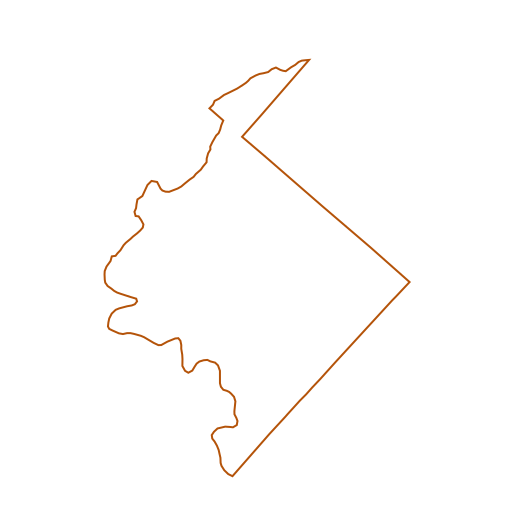 Palotina, Paraná, Brazil (Natural Earth projection), rotated 221°
{"feature_id": "56859067B34205123828041", "entity_name": "Palotina", "entity_type": "district", "adm_level": 2, "iso_a3": "BRA", "parent_name": "Brazil", "parent_adm1": "Paraná", "projection": "natural_earth1", "projection_center": [-53.775, -24.293], "detail": "fine", "context": "isolated", "style": "outline", "palette": "amber", "viewbox_px": 512, "rotation_deg": 221, "n_neighbors": 0, "source": "geoboundaries", "source_scale": "gbopen_adm2", "svg_char_len": 2313}
<svg xmlns="http://www.w3.org/2000/svg" viewBox="0 0 512 512"><g transform="rotate(221 256 256)"><path d="M364.6,161.1L362.5,156.8L361.9,150.0L360.3,145.4L358.2,142.7L354.6,138.9L352.3,137.0L348.3,136.0L343.7,136.5L340.2,136.6L336.8,137.3L332.8,138.9L323.9,142.7L318.4,145.2L316.0,143.7L315.8,140.1L317.3,137.2L320.3,133.5L324.9,126.7L326.6,123.3L327.1,117.9L325.8,112.6L323.8,109.0L321.5,105.7L319.0,104.7L315.5,105.6L308.7,107.7L305.2,109.8L302.7,113.2L300.2,115.4L297.1,117.1L294.4,118.4L290.6,120.2L287.2,121.3L276.2,123.3L271.2,124.7L269.1,126.6L266.7,133.2L262.9,140.7L260.7,143.0L257.4,142.4L254.0,139.8L251.5,136.9L246.9,133.1L243.9,130.0L239.4,124.7L234.2,122.8L230.5,123.5L228.9,127.7L229.7,132.2L230.2,135.8L229.5,139.2L227.1,143.0L224.5,145.7L221.4,146.5L216.9,148.7L212.9,148.5L207.9,145.7L199.7,136.3L196.7,134.3L192.9,133.6L189.6,135.1L187.1,135.8L184.5,135.8L180.2,135.3L176.2,132.8L170.5,124.7L168.4,122.4L164.6,120.9L161.7,119.3L159.6,115.8L161.0,111.6L163.5,109.9L167.3,107.0L171.9,100.6L172.4,95.8L171.9,91.8L169.2,89.5L165.5,88.8L161.0,87.2L156.9,85.1L153.8,82.8L150.5,80.4L146.9,76.6L144.4,75.0L139.4,73.5L133.9,73.2L129.3,74.4L129.1,130.5L128.4,153.9L128.4,157.1L128.0,175.8L127.4,184.4L127.3,193.7L126.8,205.6L126.4,228.2L124.1,312.0L123.8,316.8L123.0,337.1L175.0,337.6L238.6,337.1L267.3,337.1L291.5,337.1L313.4,337.1L344.7,336.8L344.5,365.6L344.6,438.8L347.1,436.2L349.6,433.5L351.1,430.4L351.8,425.9L353.3,421.6L354.8,415.0L357.2,413.5L359.8,412.4L364.6,411.3L366.7,407.3L367.5,402.8L370.3,398.8L372.8,395.7L374.7,392.0L376.8,386.4L376.8,383.1L377.2,380.1L378.2,376.3L380.1,369.9L382.3,364.6L384.1,360.3L385.8,356.5L387.1,350.5L389.0,345.9L387.7,342.0L388.0,336.9L369.6,336.8L367.9,331.7L366.0,327.9L364.8,324.2L365.1,320.8L363.6,313.2L362.3,308.5L360.3,306.5L359.5,302.1L357.2,297.3L354.8,294.3L354.7,289.0L354.3,284.9L355.2,278.4L355.0,274.8L356.2,270.2L357.3,264.0L358.0,259.4L359.4,255.5L363.7,247.4L366.5,245.2L369.6,244.0L372.2,244.2L379.2,247.0L384.1,244.1L384.5,238.4L382.3,230.8L381.1,226.7L382.6,220.9L380.0,216.5L377.9,213.4L376.7,209.6L373.1,207.2L370.6,208.9L366.1,207.7L361.7,206.0L360.1,203.2L360.1,199.3L360.6,195.1L361.6,189.9L361.9,186.7L362.9,180.7L363.0,177.3L362.1,171.4L362.3,167.1L362.1,164.0L364.6,161.1Z" fill="none" stroke="#b45309" stroke-width="2"/></g></svg>